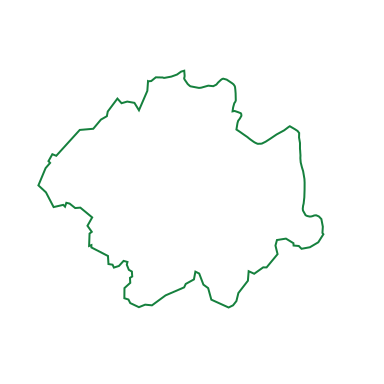 outline of Staro Nagorichane, Staro Nagoričane, North Macedonia, rotated 50°
{"feature_id": "65306769B92481103020830", "entity_name": "Staro Nagorichane", "entity_type": "district", "adm_level": 2, "iso_a3": "MKD", "parent_name": "North Macedonia", "parent_adm1": "Staro Nagoričane", "projection": "orthographic", "projection_center": [21.915, 42.232], "detail": "fine", "context": "isolated", "style": "outline", "palette": "green", "viewbox_px": 384, "rotation_deg": 50, "n_neighbors": 0, "source": "geoboundaries", "source_scale": "gbopen_adm2", "svg_char_len": 2356}
<svg xmlns="http://www.w3.org/2000/svg" viewBox="0 0 384 384"><g transform="rotate(50 192 192)"><path d="M286.9,246.4L304.0,238.2L305.2,233.4L304.1,228.1L299.2,221.4L295.9,206.2L289.1,199.5L294.6,196.9L295.5,185.9L297.7,183.3L294.6,166.4L286.7,162.5L283.4,157.8L288.1,150.0L296.4,147.2L298.3,148.6L302.0,144.9L305.9,144.6L310.1,137.2L311.7,127.6L308.8,118.5L307.2,118.4L302.7,114.1L295.9,110.3L292.4,110.5L291.3,111.0L289.6,111.9L288.5,113.5L288.2,114.5L287.8,115.5L287.3,116.5L286.5,117.6L284.4,119.2L282.8,119.9L277.5,118.9L276.0,117.9L274.0,115.8L272.6,113.9L268.3,109.4L262.5,104.2L257.2,99.7L254.3,97.5L247.5,93.5L243.7,91.9L239.2,89.7L235.8,87.3L233.7,85.4L231.5,83.8L229.9,82.6L228.3,81.5L223.9,77.8L219.1,75.0L215.7,72.0L213.1,71.9L210.1,72.8L204.5,74.8L204.3,76.1L204.0,81.8L202.3,90.2L201.5,97.8L200.8,103.3L199.8,107.4L199.2,108.3L197.3,110.7L196.2,111.3L194.4,112.1L193.2,112.5L189.3,113.5L187.0,114.0L185.7,114.2L181.0,115.5L176.8,116.6L172.7,117.8L170.1,114.8L168.4,112.8L167.1,110.8L166.6,108.5L166.3,107.6L165.4,105.2L164.0,104.2L163.0,104.0L160.4,105.4L157.3,107.3L156.3,109.1L153.7,106.2L151.2,102.6L150.7,100.8L150.0,99.6L144.5,95.2L141.7,93.2L139.3,91.6L138.3,91.2L136.3,91.0L134.7,91.3L131.9,92.1L128.2,93.2L125.2,95.3L124.8,96.5L124.7,97.6L124.9,101.6L125.4,104.3L124.6,107.7L121.0,111.2L118.4,117.0L118.1,117.7L117.1,119.3L116.6,119.9L110.1,125.2L109.3,125.5L106.6,125.9L101.4,125.4L100.8,125.3L99.8,124.9L99.2,124.0L98.7,123.4L97.9,122.7L94.1,120.0L92.8,122.9L92.4,128.0L90.3,133.7L86.9,139.7L86.5,140.2L85.4,140.9L80.9,146.0L80.8,151.9L79.2,154.2L78.8,154.4L85.8,161.2L95.3,180.1L86.7,178.8L81.1,183.5L78.7,188.9L72.5,189.1L76.2,204.8L79.2,208.5L78.0,215.2L80.1,227.0L72.3,238.1L77.0,272.7L73.3,274.7L76.1,282.1L78.5,282.0L79.6,288.8L88.2,305.4L98.4,304.1L114.6,307.7L119.1,298.9L121.6,298.7L119.5,295.2L122.2,293.2L129.2,291.8L132.2,287.6L147.3,284.8L150.7,293.8L158.1,294.4L158.0,297.2L167.2,305.5L168.0,303.2L169.8,304.7L187.0,297.5L193.5,302.3L196.6,299.6L199.7,300.4L201.7,295.5L200.8,288.7L204.1,286.4L205.8,288.7L211.0,290.4L214.3,289.2L218.3,292.1L217.9,294.7L221.9,297.7L222.2,305.5L229.9,312.1L233.5,309.8L237.4,310.7L246.1,306.7L248.2,300.3L253.1,295.5L254.2,278.7L260.0,259.3L258.4,255.9L260.2,246.7L255.2,240.6L259.1,238.9L270.3,242.8L276.0,241.4L286.9,246.4Z" fill="none" stroke="#15803d" stroke-width="2"/></g></svg>